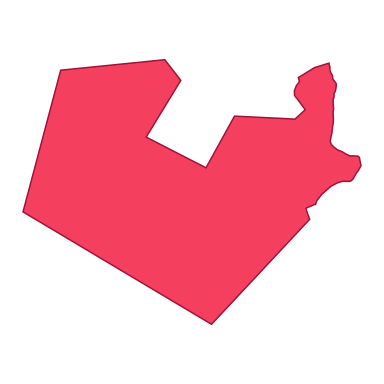 Sadat City, Al Buhayrah, Egypt
{"feature_id": "37247803B47904528840221", "entity_name": "Sadat City", "entity_type": "district", "adm_level": 2, "iso_a3": "EGY", "parent_name": "Egypt", "parent_adm1": "Al Buhayrah", "projection": "mercator", "projection_center": [30.833, 30.358], "detail": "fine", "context": "isolated", "style": "filled", "palette": "rose", "viewbox_px": 384, "rotation_deg": 0, "n_neighbors": 0, "source": "geoboundaries", "source_scale": "gbopen_adm2", "svg_char_len": 1873}
<svg xmlns="http://www.w3.org/2000/svg" viewBox="0 0 384 384"><path d="M164.8,59.7L60.7,70.2L23.0,211.9L211.5,324.3L309.7,219.3L307.8,214.3L305.9,208.2L312.8,205.3L314.8,204.4L315.6,204.5L315.7,204.4L315.7,204.2L315.8,203.8L315.9,203.4L316.0,202.9L316.2,202.4L316.4,202.0L316.5,201.5L316.7,201.1L316.9,200.7L317.2,200.2L322.2,193.9L324.3,192.1L324.7,191.8L330.9,186.3L336.0,183.6L336.8,183.1L342.3,181.3L349.6,181.4L350.9,180.9L351.3,180.8L353.2,178.8L356.2,173.4L358.5,170.3L361.0,165.6L359.8,159.9L359.7,159.1L359.7,158.9L359.7,158.7L359.6,158.4L359.6,158.2L359.5,157.9L359.4,157.8L359.4,157.7L359.2,157.4L359.1,157.2L358.9,157.0L358.8,156.9L358.7,156.7L358.4,156.5L358.2,156.4L357.9,156.2L357.7,156.1L357.4,156.1L357.2,156.0L356.8,156.0L356.7,156.0L356.4,156.0L356.2,156.0L349.9,155.8L346.4,154.3L341.8,151.5L339.3,150.6L338.6,150.3L337.2,149.6L336.6,149.2L336.0,148.7L334.0,147.2L332.9,146.1L332.0,145.3L331.0,143.7L330.7,142.8L330.6,142.3L330.5,141.7L330.3,141.0L330.3,140.9L330.4,140.5L330.7,138.5L331.0,136.7L331.9,133.2L332.0,132.3L332.2,129.6L332.5,128.6L332.5,128.0L332.6,126.9L332.6,126.5L333.2,123.2L333.4,120.8L333.4,118.7L333.4,118.4L333.3,116.2L333.2,115.1L333.1,111.8L333.2,111.2L333.6,108.9L333.6,108.3L333.5,108.0L333.3,105.5L333.2,104.1L333.1,103.3L333.2,100.8L333.3,99.1L333.3,98.6L333.7,98.3L334.0,96.8L334.1,96.2L334.0,94.2L334.2,93.2L334.5,92.4L335.2,91.7L335.4,90.5L335.5,90.2L335.8,89.2L336.0,87.6L336.1,87.0L336.3,85.0L336.3,84.0L335.7,82.8L334.4,81.1L332.9,78.9L332.7,78.2L332.6,77.1L332.5,75.9L332.0,74.8L330.7,72.3L329.8,69.3L330.0,66.9L329.3,65.4L329.2,64.9L329.1,63.2L328.1,63.4L314.5,67.6L307.2,72.1L298.3,77.6L299.5,81.5L296.4,85.6L294.3,91.1L294.6,95.5L296.4,98.0L296.9,98.5L305.2,109.7L295.0,119.1L234.5,116.1L206.0,167.8L146.2,137.1L172.0,94.8L172.3,94.4L180.8,80.4L164.8,59.7Z" fill="#f43f5e" stroke="#9f1239" stroke-width="1.5"/></svg>